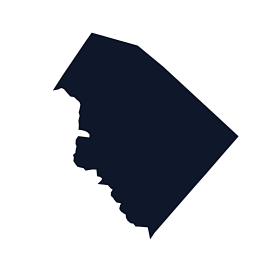 outline of Trizidela do Vale, Maranhão, Brazil, rotated 132°
{"feature_id": "56859067B97316284417201", "entity_name": "Trizidela do Vale", "entity_type": "district", "adm_level": 2, "iso_a3": "BRA", "parent_name": "Brazil", "parent_adm1": "Maranhão", "projection": "orthographic", "projection_center": [-44.635, -4.551], "detail": "fine", "context": "isolated", "style": "filled", "palette": "ink", "viewbox_px": 256, "rotation_deg": 132, "n_neighbors": 0, "source": "geoboundaries", "source_scale": "gbopen_adm2", "svg_char_len": 1106}
<svg xmlns="http://www.w3.org/2000/svg" viewBox="0 0 256 256"><g transform="rotate(132 128 128)"><path d="M81.9,218.0L87.1,217.3L90.0,217.0L131.2,211.3L148.6,208.5L145.5,206.2L142.3,205.0L141.2,201.7L141.9,196.8L142.4,192.1L140.3,189.0L140.5,185.2L140.4,181.2L142.0,178.4L145.9,176.0L148.8,174.6L150.7,171.6L155.2,169.2L158.3,165.8L161.4,163.4L159.8,161.2L158.2,158.1L157.5,155.3L157.8,151.8L161.1,149.3L167.7,158.8L171.2,158.3L174.3,155.9L175.5,153.4L178.6,151.8L181.6,149.6L184.4,150.1L185.8,147.7L188.4,146.1L189.4,142.4L189.8,139.6L188.2,136.7L186.8,134.2L187.3,131.4L182.0,127.2L179.0,123.6L181.1,121.3L183.6,118.6L182.2,116.0L182.1,112.7L185.0,112.0L188.4,112.3L185.3,108.0L183.1,104.8L183.7,100.8L183.1,97.5L187.0,96.9L189.1,95.0L189.1,92.3L189.9,89.8L190.2,86.7L188.6,84.4L187.6,81.6L190.3,81.6L193.3,79.9L194.0,77.3L193.7,74.4L193.0,71.5L195.3,69.2L196.4,66.2L196.3,62.7L194.7,60.2L195.3,56.7L192.4,53.1L189.8,49.6L187.6,46.9L194.3,38.0L188.2,38.9L130.2,39.9L109.5,40.1L80.0,40.7L71.4,40.8L60.9,41.0L59.6,142.6L61.0,175.7L81.9,218.0Z" fill="#0f172a" stroke="#020617" stroke-width="1.5"/></g></svg>